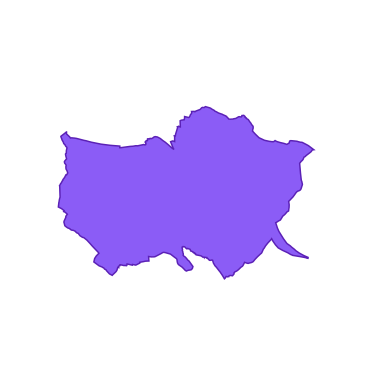 the district of Berghin, Alba, Romania, rotated 238°
{"feature_id": "2599482B3025623586647", "entity_name": "Berghin", "entity_type": "district", "adm_level": 2, "iso_a3": "ROU", "parent_name": "Romania", "parent_adm1": "Alba", "projection": "robinson", "projection_center": [23.723, 46.065], "detail": "fine", "context": "isolated", "style": "filled", "palette": "violet", "viewbox_px": 384, "rotation_deg": 238, "n_neighbors": 0, "source": "geoboundaries", "source_scale": "gbopen_adm2", "svg_char_len": 5978}
<svg xmlns="http://www.w3.org/2000/svg" viewBox="0 0 384 384"><g transform="rotate(238 192 192)"><path d="M169.6,315.3L171.4,314.3L175.6,311.8L176.1,311.3L176.6,310.5L178.0,309.1L179.2,308.1L179.9,307.3L183.2,303.0L183.4,302.3L183.4,301.9L183.4,301.7L182.1,300.5L182.1,297.7L184.5,295.7L187.3,292.9L189.7,290.8L191.1,289.9L191.6,289.7L191.4,288.1L191.6,287.5L192.5,286.2L194.1,284.3L197.4,280.9L202.5,277.6L207.4,276.4L211.6,275.6L211.7,275.8L212.8,276.6L213.1,276.9L213.3,277.3L214.8,278.4L215.8,278.6L217.5,278.3L219.3,278.4L220.9,278.2L223.6,278.1L225.7,277.0L226.0,277.3L227.6,276.6L227.9,277.0L229.6,276.5L230.4,274.8L229.8,274.3L229.6,273.5L230.9,271.9L231.1,271.3L231.2,268.1L232.0,266.2L232.1,265.5L233.6,262.8L234.6,261.7L235.4,261.8L236.6,261.4L237.8,261.4L238.3,261.0L238.7,260.9L241.0,259.3L241.8,258.9L245.0,256.3L246.9,255.3L248.4,254.3L249.4,254.1L252.1,252.6L253.0,252.3L253.9,251.7L257.3,248.6L257.2,246.9L258.1,245.9L258.3,244.9L257.7,242.6L258.6,238.1L258.5,237.0L258.9,236.9L259.3,236.4L260.0,235.2L260.5,234.3L260.0,234.2L258.8,233.1L258.4,231.7L257.5,230.5L256.9,229.4L256.9,228.7L259.9,225.7L258.7,224.9L257.4,223.7L258.6,220.9L258.7,219.7L253.4,216.6L254.2,215.8L254.8,215.6L254.9,214.6L255.1,214.3L255.1,214.1L254.5,214.2L249.7,208.7L248.4,207.6L249.0,206.8L247.8,206.4L244.0,204.0L245.1,203.1L245.6,202.5L246.0,200.5L238.8,199.2L237.6,199.3L239.1,198.6L241.2,197.9L244.4,197.0L248.4,195.7L250.9,194.6L254.1,193.5L257.0,191.8L258.5,190.1L258.8,188.7L258.6,187.4L258.7,186.1L259.7,184.8L259.7,184.5L259.5,184.2L260.3,183.1L260.6,182.6L260.5,182.2L259.2,181.5L259.2,181.3L259.7,180.4L259.7,180.0L259.4,179.5L259.2,178.7L258.9,178.7L258.0,178.9L257.8,178.8L257.3,178.2L256.7,177.9L256.7,177.6L256.9,177.1L257.2,176.7L257.8,176.3L260.0,170.3L261.0,168.9L262.1,166.2L263.5,163.6L267.2,155.4L267.9,154.2L269.2,155.1L275.0,147.3L280.8,140.2L287.5,133.1L291.6,129.3L293.1,127.7L298.6,122.5L299.9,121.0L301.8,118.5L302.2,117.5L303.4,117.5L307.6,116.4L308.5,116.7L309.7,117.8L309.4,117.0L308.7,110.3L307.5,109.9L306.0,109.7L305.3,109.4L302.6,109.3L301.0,108.9L299.5,109.3L298.4,109.2L297.3,109.2L296.7,109.5L296.2,109.5L295.5,109.2L293.8,107.5L291.5,105.9L291.4,105.1L291.2,104.8L289.5,104.1L286.8,103.3L286.4,103.0L286.3,102.2L285.7,100.5L285.3,99.8L284.3,99.4L283.6,99.3L282.6,99.5L281.5,99.4L281.0,99.2L280.5,98.6L279.0,97.7L277.9,97.3L276.4,97.3L274.0,96.7L273.0,94.8L273.4,94.3L273.2,93.9L272.8,93.5L272.7,92.9L272.0,92.0L271.9,91.5L271.4,90.7L271.0,89.2L270.3,88.6L270.1,87.8L269.0,86.0L268.7,84.9L268.3,84.6L268.1,84.2L267.7,83.1L266.5,82.6L257.4,77.3L257.1,76.8L255.6,75.3L254.2,74.1L253.5,73.4L250.1,70.7L247.6,72.2L246.6,72.7L243.9,73.7L243.4,72.8L242.1,73.7L239.2,74.5L238.5,72.6L238.0,71.9L237.4,71.6L235.0,68.0L234.3,67.4L230.8,66.3L230.0,66.5L227.5,67.5L225.7,68.9L224.8,69.0L223.6,69.6L222.1,71.3L220.8,72.0L220.6,72.2L220.1,72.3L219.5,72.3L218.3,72.7L217.2,73.6L214.4,73.8L211.6,75.1L210.6,76.1L206.8,77.4L202.0,78.3L198.9,78.8L190.1,80.6L189.4,80.6L188.5,77.0L187.2,74.2L184.7,71.7L178.6,74.1L175.9,76.1L175.4,76.2L174.5,76.9L173.0,77.0L171.8,77.8L170.6,77.8L166.3,78.6L163.6,80.2L163.8,80.8L164.6,84.8L164.8,85.5L165.4,86.8L167.4,89.1L166.8,89.8L167.4,89.9L167.9,90.4L167.9,91.0L167.7,91.6L168.0,91.8L168.0,92.1L168.4,92.3L168.1,93.0L167.7,93.2L167.6,93.4L165.5,95.5L165.3,96.4L164.4,97.0L164.3,97.4L164.2,97.6L164.3,97.8L165.4,98.8L161.6,102.6L162.1,103.1L159.8,105.6L159.4,109.8L159.4,110.1L160.1,110.4L158.5,114.4L158.4,114.8L157.9,116.1L156.3,118.9L160.3,121.0L160.0,121.3L158.4,123.3L157.1,125.5L156.7,126.6L156.1,134.1L156.2,134.8L156.0,135.7L155.0,137.0L150.9,140.7L150.6,140.9L146.5,142.4L144.0,143.4L143.5,143.5L142.8,143.5L140.6,142.5L139.4,142.1L138.4,142.0L137.5,142.1L136.8,142.4L133.5,143.8L130.4,144.5L129.6,144.6L128.8,144.9L128.0,145.3L127.6,147.3L126.5,149.9L126.6,150.8L127.1,152.0L128.3,153.3L135.1,152.9L136.7,152.3L138.3,152.2L140.5,151.8L141.7,151.2L142.3,151.1L142.8,150.9L143.4,151.4L144.6,152.0L145.3,152.1L146.7,152.7L147.6,152.8L148.1,153.4L149.9,154.0L150.5,154.6L150.1,155.3L150.1,155.6L150.3,155.7L149.7,156.5L149.2,156.8L146.8,157.3L146.4,157.7L146.4,158.5L145.5,159.1L144.6,159.9L144.0,160.0L143.0,159.6L142.4,159.8L142.4,160.0L141.5,160.6L141.0,160.7L140.8,160.8L140.8,161.0L139.9,161.3L139.2,161.9L138.5,162.0L138.4,162.0L138.6,161.6L138.1,161.8L137.7,161.9L138.0,162.1L137.9,162.3L137.4,162.3L137.3,162.1L136.2,162.5L135.5,163.3L133.4,165.5L132.4,166.2L131.7,166.4L131.1,166.6L130.4,167.6L130.0,167.6L130.2,167.8L128.5,169.9L127.9,169.6L127.7,169.9L127.2,170.1L124.9,170.6L124.6,170.9L124.1,171.7L123.8,172.8L123.2,173.3L120.4,172.5L117.2,172.4L115.3,172.8L110.3,173.3L110.0,173.4L105.2,173.6L101.2,173.5L101.3,174.3L102.3,176.2L101.4,176.9L100.9,178.1L101.2,178.1L101.1,180.0L99.5,182.0L100.3,184.3L101.1,184.7L101.5,185.8L101.3,188.3L101.5,190.2L102.3,193.9L102.3,195.3L102.6,196.2L103.4,197.6L104.5,199.3L102.4,201.0L101.7,201.8L101.3,203.3L100.8,204.6L100.5,206.4L100.6,207.2L101.5,209.8L102.4,213.3L103.2,217.4L103.3,218.4L103.6,219.1L105.7,222.2L106.2,223.6L107.3,225.7L108.6,229.4L109.8,233.9L110.2,234.8L107.6,234.6L103.0,234.8L98.9,235.5L94.5,237.9L89.6,241.1L86.8,242.5L85.9,243.2L85.0,243.7L79.6,249.8L76.2,253.5L75.0,254.4L74.3,255.2L75.0,255.8L78.8,253.2L83.4,250.6L85.3,249.8L86.8,249.1L89.4,248.4L92.4,247.3L94.3,246.8L98.0,245.2L103.8,244.8L112.3,244.8L116.0,245.3L121.6,246.7L121.5,248.7L121.6,249.9L121.4,252.1L122.8,255.0L123.2,255.6L123.5,256.6L123.6,257.7L123.9,259.3L124.9,262.5L124.7,263.3L124.8,263.9L126.2,265.0L127.3,266.0L129.6,267.6L132.8,269.0L134.3,275.0L136.5,280.4L136.7,281.9L136.3,283.8L136.3,284.8L136.5,285.4L136.8,286.0L138.2,287.7L138.5,288.0L139.4,289.1L140.0,289.7L142.8,290.7L144.0,290.9L144.7,291.2L150.5,294.0L159.3,298.5L160.2,301.1L160.3,302.1L160.8,303.5L162.2,305.4L162.1,306.2L162.1,307.1L162.4,307.9L162.9,313.2L163.1,314.5L163.4,315.2L163.8,315.8L163.8,316.2L163.6,317.0L163.3,317.7L169.6,315.3Z" fill="#8b5cf6" stroke="#5b21b6" stroke-width="1.5"/></g></svg>